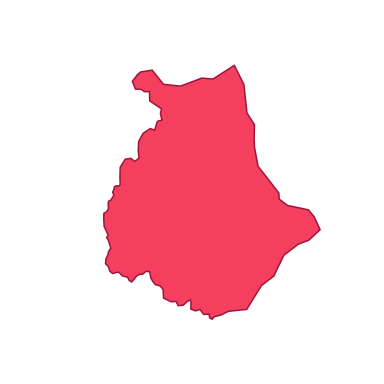 outline of Tropojë, Kukës, Albania, rotated 230°
{"feature_id": "67620474B51082079967557", "entity_name": "Tropojë", "entity_type": "district", "adm_level": 2, "iso_a3": "ALB", "parent_name": "Albania", "parent_adm1": "Kukës", "projection": "equal_earth", "projection_center": [20.083, 42.368], "detail": "fine", "context": "isolated", "style": "filled", "palette": "rose", "viewbox_px": 384, "rotation_deg": 230, "n_neighbors": 0, "source": "geoboundaries", "source_scale": "gbopen_adm2", "svg_char_len": 1595}
<svg xmlns="http://www.w3.org/2000/svg" viewBox="0 0 384 384"><g transform="rotate(230 192 192)"><path d="M317.1,226.5L315.1,217.4L307.1,214.8L303.2,219.1L299.5,220.0L296.2,223.9L288.9,218.2L275.3,222.1L272.4,218.2L266.4,215.2L268.4,210.9L263.4,203.1L267.4,200.9L268.4,192.3L265.0,183.6L258.4,177.5L252.1,173.2L252.1,168.0L257.1,166.7L260.1,162.0L257.1,152.9L249.8,146.4L243.9,141.8L243.5,140.0L245.5,137.8L245.9,135.9L244.8,135.0L242.8,131.1L239.6,129.9L238.9,127.3L237.8,124.5L238.6,123.0L238.2,121.6L236.7,120.1L233.0,117.3L231.7,113.7L232.4,110.9L228.3,107.2L222.0,102.5L212.7,100.0L212.0,97.3L209.1,97.0L201.2,93.7L200.0,89.8L197.8,87.0L196.2,83.2L192.6,79.6L189.2,80.1L184.1,78.2L180.7,78.7L177.9,84.3L172.4,84.8L168.0,87.9L164.8,87.0L161.9,87.9L162.3,91.7L163.3,95.6L162.5,99.2L160.8,101.4L160.8,105.8L158.0,108.3L152.3,105.0L147.4,104.4L144.5,104.4L140.5,107.2L136.0,107.2L129.0,102.0L121.2,105.6L118.4,109.4L113.8,108.3L110.8,112.7L111.2,117.2L110.6,121.3L108.0,120.2L103.0,115.8L98.7,118.3L96.8,122.7L90.7,122.2L87.5,126.6L84.3,124.6L81.6,125.7L82.2,128.8L79.3,134.7L77.2,143.0L75.3,146.1L73.1,149.2L73.0,149.3L70.9,152.5L68.7,155.8L66.9,158.4L75.7,185.2L75.0,200.6L84.5,221.7L83.7,239.9L80.0,250.5L80.8,265.9L94.7,269.7L103.5,269.7L120.2,256.6L130.5,254.2L135.2,257.8L150.7,258.5L169.1,259.1L185.6,268.3L192.1,273.2L203.4,283.1L217.1,284.9L241.1,300.9L261.8,305.8L265.1,280.6L273.1,272.6L277.3,260.3L280.6,251.1L292.8,239.4L311.0,239.8L313.0,236.4L314.3,234.2L315.0,233.1L315.3,232.6L316.8,230.2L316.9,228.3L317.1,226.5Z" fill="#f43f5e" stroke="#9f1239" stroke-width="1.5"/></g></svg>